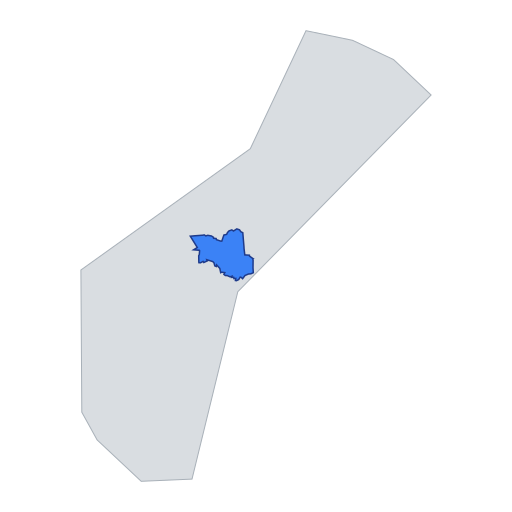 Chalan Pago-Ordot, Guam shown in context
{"feature_id": "77769853B20896286289421", "entity_name": "Chalan Pago-Ordot", "entity_type": "district", "adm_level": 2, "iso_a3": "GUM", "parent_name": "Guam", "parent_adm1": "", "projection": "mercator", "projection_center": [144.769, 13.441], "detail": "fine", "context": "in_parent", "style": "filled", "palette": "blue", "viewbox_px": 512, "rotation_deg": 0, "n_neighbors": 0, "source": "geoboundaries", "source_scale": "gbopen_adm2", "svg_char_len": 1243}
<svg xmlns="http://www.w3.org/2000/svg" viewBox="0 0 512 512"><path d="M192.0,479.1L141.2,481.3L97.1,439.9L81.8,412.2L80.9,270.0L250.3,148.7L306.0,30.7L352.5,40.3L393.6,59.6L431.1,95.0L237.8,291.7L192.0,479.1Z" fill="#d9dde1" stroke="#a8b0b8" stroke-width="1"/><path d="M229.0,230.9L227.5,232.5L226.6,234.4L223.9,235.0L221.8,241.1L220.7,241.1L216.5,239.7L216.1,238.5L213.6,238.3L213.5,237.3L211.5,236.0L207.8,235.3L205.8,235.9L204.2,234.9L202.9,235.2L194.5,235.8L190.3,236.2L197.3,247.5L193.6,249.8L199.4,250.3L199.6,250.7L199.3,254.6L198.7,255.7L198.8,261.5L198.9,262.7L200.5,262.8L203.1,261.4L203.8,262.5L207.3,260.9L206.8,259.7L212.8,261.6L214.0,262.9L214.8,265.9L216.3,266.5L216.6,264.9L219.8,268.4L220.7,272.7L221.7,272.2L224.8,272.6L223.9,274.4L225.3,275.5L227.3,275.6L230.0,276.8L232.0,276.2L231.6,277.4L233.7,277.3L233.9,278.6L235.8,278.4L235.4,280.5L236.4,280.7L238.7,279.6L240.2,277.1L241.1,277.3L242.6,278.7L245.0,275.5L245.7,275.2L248.5,274.0L248.9,274.0L250.9,273.8L253.3,272.7L253.0,267.8L253.1,260.1L252.7,258.7L253.0,258.6L249.5,256.1L249.4,255.2L244.8,254.9L244.0,248.1L244.0,247.2L242.8,232.7L240.8,231.7L239.5,229.8L236.8,228.9L233.5,231.0L231.8,229.9L229.0,230.9Z" fill="#3b82f6" stroke="#1e3a8a" stroke-width="1.5"/></svg>